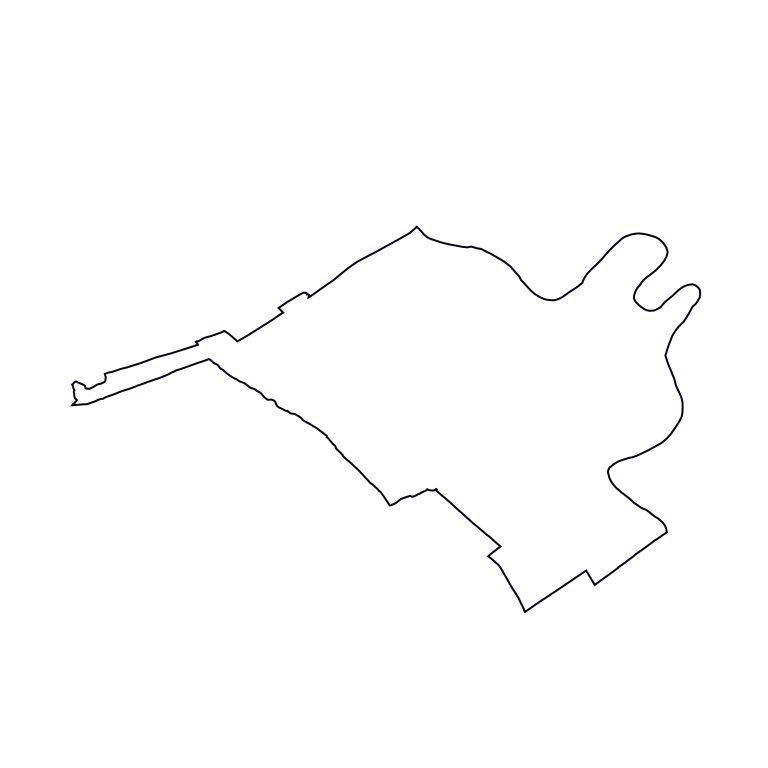 outline of Mitoc, Botosani, Romania, rotated 11°
{"feature_id": "2599482B74445909535632", "entity_name": "Mitoc", "entity_type": "district", "adm_level": 2, "iso_a3": "ROU", "parent_name": "Romania", "parent_adm1": "Botosani", "projection": "equal_earth", "projection_center": [26.969, 48.099], "detail": "fine", "context": "isolated", "style": "outline", "palette": "ink", "viewbox_px": 768, "rotation_deg": 11, "n_neighbors": 0, "source": "geoboundaries", "source_scale": "gbopen_adm2", "svg_char_len": 6128}
<svg xmlns="http://www.w3.org/2000/svg" viewBox="0 0 768 768"><g transform="rotate(11 384 384)"><path d="M565.8,580.9L578.0,568.4L595.8,550.9L618.0,528.6L623.0,534.0L624.7,536.1L629.2,541.0L648.7,520.1L648.5,519.8L653.3,514.8L661.5,505.8L662.8,504.1L664.1,502.6L666.4,500.2L674.0,492.2L679.7,485.8L681.7,484.0L690.0,475.5L688.1,471.2L686.5,469.1L684.5,467.1L683.3,466.3L678.3,463.5L675.1,462.4L666.1,457.8L664.0,457.2L662.4,457.1L660.1,456.4L652.2,453.0L649.6,451.3L643.5,447.9L638.0,445.2L632.6,442.1L630.8,440.9L628.7,439.3L625.8,436.6L624.3,434.8L623.0,432.8L621.0,428.6L620.6,426.8L620.7,425.3L621.0,423.9L621.7,422.6L624.5,419.2L628.4,415.6L630.4,414.3L637.9,410.1L642.0,408.4L645.8,406.2L654.3,400.0L657.5,397.5L662.7,393.1L665.4,390.9L667.8,388.7L670.0,386.1L671.8,383.8L674.7,379.1L676.0,376.4L678.7,370.2L681.3,363.5L682.5,359.1L682.4,355.3L681.8,350.9L681.1,347.5L680.5,345.0L679.3,342.1L678.2,340.0L676.3,337.2L672.1,331.5L670.5,329.1L668.6,324.9L667.3,322.5L665.6,320.2L664.3,317.9L659.3,310.5L654.8,302.5L655.6,294.9L656.0,292.2L656.2,290.2L656.8,287.6L657.7,282.3L658.3,280.3L659.7,276.6L662.1,271.8L663.7,269.3L666.3,265.7L669.6,257.5L671.6,250.6L672.2,249.2L674.8,245.6L676.1,242.8L677.4,238.6L677.4,237.1L677.0,234.3L676.1,231.5L675.1,230.3L674.0,229.3L671.1,227.8L667.8,227.3L663.2,228.8L659.2,231.5L658.0,232.6L655.0,235.9L649.8,243.2L647.8,245.3L646.0,247.7L644.1,250.0L640.8,255.8L640.1,256.6L637.9,258.3L636.1,259.7L635.0,260.3L632.4,261.1L631.2,261.4L628.6,261.5L626.1,261.1L624.9,260.7L621.5,259.2L619.2,258.0L615.9,255.7L614.0,253.9L613.2,252.6L612.9,251.1L612.7,249.7L612.8,247.4L613.2,245.1L613.9,242.9L614.7,240.8L616.0,238.6L618.2,233.8L619.5,231.7L621.7,229.0L628.8,221.0L632.5,215.5L635.5,209.7L636.9,205.5L637.2,203.1L637.3,201.2L637.0,199.7L636.6,198.7L635.0,196.2L634.0,195.0L631.8,192.8L629.3,190.9L626.5,189.3L623.3,188.2L620.2,187.7L612.6,187.1L609.5,187.2L605.9,187.5L602.7,188.3L599.7,189.4L597.3,190.5L595.7,191.6L592.9,193.2L591.6,194.2L589.4,196.4L588.5,197.6L586.8,200.1L584.2,203.3L579.6,210.1L576.4,215.6L574.9,218.3L571.9,223.1L569.8,226.2L565.3,232.4L564.1,234.4L562.7,236.4L561.0,240.3L560.3,242.4L559.7,244.5L559.4,246.8L555.4,251.6L548.2,258.6L543.8,263.4L541.1,265.8L538.0,267.9L535.8,269.1L532.0,269.9L526.7,270.2L524.1,269.8L521.5,269.3L518.3,268.3L514.0,266.5L510.1,264.1L500.4,256.9L498.6,255.8L497.2,253.6L496.0,252.5L485.6,244.5L479.7,241.5L478.2,240.8L470.2,237.9L463.7,235.7L460.3,234.9L453.6,232.9L450.2,233.0L446.6,232.8L445.0,232.5L443.2,232.5L440.2,233.8L438.5,234.1L434.8,234.4L422.6,234.5L415.6,234.3L412.2,234.0L403.7,232.9L400.2,232.3L398.7,231.7L394.9,229.8L392.8,228.1L388.7,225.0L386.1,223.5L384.2,226.2L380.5,230.9L366.1,243.2L358.3,249.6L352.3,254.7L340.8,263.9L334.1,269.4L326.4,277.4L325.8,278.2L322.6,281.9L314.2,292.2L310.2,296.1L295.4,311.6L293.4,313.4L293.4,312.6L293.7,311.6L293.7,311.2L293.4,310.8L292.9,310.6L292.3,310.6L291.3,310.9L291.0,310.4L290.8,309.8L290.5,309.5L290.0,309.3L289.1,309.7L288.3,309.5L287.7,309.6L283.9,312.6L273.3,322.1L266.0,329.5L271.4,333.2L268.7,335.6L261.9,342.6L240.9,362.4L232.0,370.1L222.3,364.5L217.2,362.4L216.9,362.5L214.6,364.3L208.4,368.0L204.1,370.5L203.0,370.9L199.4,372.7L198.1,373.6L195.7,375.7L195.0,376.5L194.4,376.8L193.8,377.3L192.5,377.9L191.8,378.0L191.2,378.7L192.5,379.5L193.4,380.2L193.8,380.9L192.7,381.5L192.8,381.6L168.9,394.7L154.9,401.5L142.2,409.3L128.5,416.8L123.2,419.2L115.4,423.7L110.6,425.7L108.8,426.9L108.0,427.4L109.7,430.6L109.7,432.2L109.9,434.0L109.2,435.4L106.6,437.3L106.2,437.7L104.7,438.2L102.7,439.2L99.6,442.0L96.8,444.3L95.7,444.9L94.3,445.2L92.5,445.3L91.9,445.1L91.0,443.2L90.4,442.6L89.5,442.2L86.9,441.6L86.4,441.5L83.3,440.9L81.7,440.3L80.5,440.6L79.5,441.7L78.5,443.7L78.1,443.9L78.0,444.2L78.3,444.6L79.1,445.4L79.9,447.5L81.2,449.0L81.3,449.5L81.0,450.3L81.0,451.0L81.6,452.4L82.1,454.2L83.3,457.0L83.5,457.2L85.2,457.9L85.5,458.3L85.5,458.8L83.8,461.8L82.5,463.4L82.0,464.4L93.4,461.1L96.1,460.6L103.8,456.1L106.3,454.1L109.5,452.5L110.7,452.2L111.7,451.5L112.9,450.4L115.0,449.0L121.4,445.4L126.1,442.2L129.2,440.4L134.8,437.4L139.6,434.5L141.9,432.9L147.5,429.7L152.0,426.9L155.9,424.7L158.2,423.2L160.3,422.2L163.7,420.2L170.9,415.4L172.9,413.6L175.8,411.7L177.6,410.1L181.3,408.3L197.3,398.8L203.8,395.2L207.0,393.2L207.6,393.0L207.9,393.0L209.4,393.7L212.4,395.6L214.1,396.2L216.1,396.7L217.3,397.2L217.9,397.6L219.5,399.1L220.5,399.9L221.4,400.3L223.3,400.9L227.7,403.6L233.0,406.0L236.4,407.1L238.6,407.6L241.6,409.0L244.7,409.4L247.1,410.0L248.9,410.8L252.8,412.9L254.9,413.3L257.7,413.7L258.9,414.1L260.7,415.1L263.6,415.9L264.5,416.3L265.1,416.7L269.0,419.8L272.2,421.5L272.7,421.6L273.5,421.5L276.8,420.8L278.5,421.0L280.0,421.7L281.1,423.1L282.3,424.9L283.0,425.7L283.9,426.4L285.2,427.0L289.0,427.9L292.4,429.0L293.0,429.1L293.9,428.8L294.3,428.9L296.9,430.2L298.1,430.6L298.9,430.7L301.5,430.5L303.5,430.9L305.0,431.5L306.1,431.8L307.6,432.4L309.4,433.3L310.4,434.4L310.9,434.7L313.2,435.7L319.6,437.7L321.2,438.3L322.2,438.8L323.7,439.2L326.1,440.1L328.6,441.3L331.5,442.8L333.3,443.5L336.1,445.1L337.8,445.9L338.1,446.2L338.2,446.8L338.1,447.3L338.6,447.3L338.9,447.4L345.8,453.0L347.2,453.6L347.6,454.0L348.5,454.9L349.2,456.4L356.0,460.9L356.8,461.5L357.6,462.5L358.1,463.0L361.2,464.9L365.9,467.5L376.4,474.1L389.4,483.7L392.3,485.0L395.3,486.9L397.9,488.5L399.7,490.0L401.5,490.8L409.4,498.6L412.3,501.7L412.9,502.1L413.6,501.9L417.7,499.1L418.4,498.5L420.6,496.0L422.4,493.7L430.5,489.0L433.3,489.2L433.9,489.0L435.5,488.3L435.9,487.8L437.5,486.6L438.4,485.8L440.1,484.8L440.6,484.3L440.6,484.1L441.0,483.6L442.8,482.5L445.7,480.4L446.3,479.8L446.6,479.1L449.2,479.6L451.9,479.3L452.8,479.1L453.6,478.7L454.5,478.0L455.2,477.1L455.8,477.4L456.0,477.5L455.9,478.3L455.6,478.6L461.9,482.3L465.7,484.3L471.4,487.6L476.8,491.0L496.0,502.4L497.8,503.6L502.5,506.0L513.9,512.5L516.0,513.4L525.0,518.8L529.3,521.2L524.6,526.7L520.8,531.0L519.2,533.2L521.5,534.3L531.1,539.9L533.0,541.6L544.6,554.9L546.3,557.1L548.3,559.3L554.2,565.5L557.2,568.8L560.4,573.3L561.5,574.6L564.5,578.7L565.8,580.9Z" fill="none" stroke="#020617" stroke-width="2"/></g></svg>